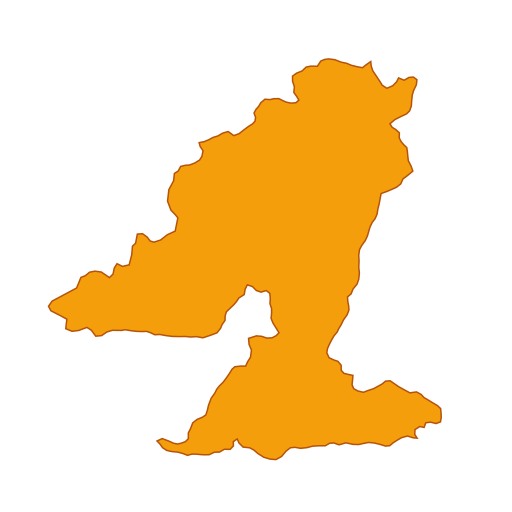 Bandeira, Minas Gerais, Brazil, rotated 276°
{"feature_id": "56859067B30982506378095", "entity_name": "Bandeira", "entity_type": "district", "adm_level": 2, "iso_a3": "BRA", "parent_name": "Brazil", "parent_adm1": "Minas Gerais", "projection": "albers", "projection_center": [-40.598, -15.864], "detail": "fine", "context": "isolated", "style": "filled", "palette": "amber", "viewbox_px": 512, "rotation_deg": 276, "n_neighbors": 0, "source": "geoboundaries", "source_scale": "gbopen_adm2", "svg_char_len": 4355}
<svg xmlns="http://www.w3.org/2000/svg" viewBox="0 0 512 512"><g transform="rotate(276 256 256)"><path d="M163.8,74.4L161.9,80.9L163.4,87.5L165.3,91.2L167.3,95.4L164.9,100.1L159.5,105.0L160.7,110.8L164.9,115.7L167.1,121.0L167.5,125.4L167.9,129.9L169.0,133.7L168.6,140.1L168.6,145.8L169.0,151.0L169.6,155.1L168.6,159.4L167.1,163.5L167.9,168.6L167.4,175.0L167.3,181.6L167.9,188.6L168.6,194.4L168.6,199.5L169.6,205.3L169.1,211.7L172.1,218.4L175.5,225.2L180.3,228.3L184.2,229.4L188.6,231.9L193.4,231.6L197.4,232.4L201.8,236.1L205.1,238.9L208.4,241.2L212.5,243.4L216.4,248.3L221.9,248.7L226.4,250.4L225.2,255.7L221.7,260.0L220.6,264.8L222.7,269.8L220.3,273.6L215.7,274.6L210.0,274.9L205.3,277.0L200.4,277.5L195.6,277.5L191.1,279.9L186.7,283.3L182.1,286.9L178.8,284.3L176.3,280.5L175.5,275.3L176.7,270.1L176.6,264.7L173.3,257.2L167.2,258.4L162.0,261.3L154.8,261.1L149.9,258.7L145.4,257.2L144.9,252.3L143.7,246.6L140.9,244.0L136.1,241.7L131.7,239.3L127.0,236.5L123.3,233.4L119.4,230.9L115.2,229.3L109.9,226.3L102.7,224.4L97.2,223.7L92.7,222.7L90.0,219.5L87.4,214.6L83.4,210.5L77.7,209.0L73.0,207.2L67.2,207.8L64.0,205.2L62.1,201.4L60.8,197.6L61.2,193.5L62.9,188.4L64.6,181.8L61.7,176.9L59.0,180.1L55.6,183.1L53.3,187.6L52.7,192.9L52.8,198.4L51.9,204.0L50.6,208.7L52.3,213.1L52.7,217.2L52.7,221.5L52.9,225.5L53.5,230.2L56.5,235.1L57.2,240.2L60.5,244.7L61.0,250.5L64.8,253.4L68.9,252.8L72.1,256.4L68.3,258.6L64.6,263.1L64.6,269.7L62.8,274.2L59.7,278.6L56.7,284.7L55.5,291.0L55.6,297.1L59.3,302.4L65.1,306.3L68.9,310.3L69.8,314.8L69.4,320.4L70.7,326.6L72.8,332.2L73.9,338.9L74.5,344.7L77.5,348.9L78.2,353.0L76.9,358.3L79.6,365.0L78.8,372.0L79.2,377.7L80.9,382.8L82.3,387.3L82.4,393.1L81.5,399.7L80.5,404.6L81.3,408.8L84.8,412.2L87.6,415.7L90.5,419.7L92.8,425.5L91.6,431.3L91.7,435.3L95.2,432.5L100.0,432.3L103.5,436.7L103.1,441.1L107.9,442.3L109.0,447.0L108.2,452.6L110.3,456.8L114.5,457.1L118.4,456.6L123.5,455.6L126.2,452.1L128.7,446.6L130.9,442.0L132.8,437.8L135.6,434.7L137.6,429.8L136.0,423.4L138.4,417.5L140.9,411.6L143.6,406.7L145.9,402.5L145.1,397.9L141.9,394.8L139.3,391.1L136.4,386.9L133.8,381.2L131.7,377.1L132.4,371.5L134.3,367.0L138.0,365.0L142.6,365.0L147.4,364.9L147.9,360.0L148.5,355.7L151.2,352.7L156.3,352.1L159.8,348.5L160.8,344.0L162.5,339.3L167.2,336.5L171.5,336.8L176.4,338.4L180.9,340.2L184.7,341.9L188.9,344.7L192.4,345.9L196.1,347.7L201.6,349.7L207.1,352.8L212.1,354.1L216.0,353.4L220.1,352.1L224.9,351.3L228.2,354.5L233.4,356.0L238.5,359.4L243.6,360.6L249.8,360.6L255.5,359.4L261.9,359.0L267.4,358.1L273.3,358.3L277.8,360.2L282.6,363.0L287.5,364.7L291.5,365.4L296.9,366.4L301.6,368.1L305.5,370.5L310.1,372.0L315.6,372.3L320.3,373.0L325.3,373.4L331.2,373.9L334.0,379.7L336.7,384.5L339.1,388.6L342.8,392.4L348.0,394.1L351.8,398.2L356.8,403.1L361.5,400.9L366.8,397.5L371.3,396.5L375.9,395.6L379.6,394.6L382.2,391.2L384.9,388.4L388.4,386.1L393.5,385.7L396.3,381.9L398.2,378.0L401.5,375.4L406.2,379.9L410.2,386.1L413.1,390.9L416.4,393.6L421.3,394.8L426.9,394.6L432.2,394.6L436.9,395.4L443.1,397.6L448.2,397.6L450.4,393.8L449.6,389.5L446.3,385.0L448.0,379.2L443.9,377.6L439.6,374.2L436.5,368.6L439.0,363.7L442.5,361.0L447.0,357.3L452.4,352.8L457.0,350.7L461.4,349.8L457.9,345.8L454.4,342.2L454.8,336.9L455.6,331.1L457.1,326.0L457.7,320.3L459.5,313.9L459.6,307.6L458.7,303.8L456.6,300.0L451.1,297.2L450.6,290.8L449.1,286.1L444.8,282.4L442.0,277.1L438.7,273.5L433.6,274.1L428.2,276.5L422.7,276.5L418.8,279.9L415.5,282.3L412.6,279.7L411.7,274.9L412.2,269.9L413.4,266.2L414.9,262.2L414.3,257.3L413.0,253.4L412.9,248.6L408.9,244.7L405.1,243.0L401.9,240.7L398.0,239.1L393.8,241.1L389.9,240.9L386.8,238.5L384.3,235.3L380.5,231.1L375.9,226.4L373.4,221.3L376.9,215.3L374.7,210.0L371.4,205.5L369.4,200.8L366.7,196.9L364.4,192.7L362.8,187.6L359.1,189.0L355.1,192.3L349.5,191.8L345.6,189.9L342.1,185.4L339.6,180.5L338.8,176.2L337.2,171.7L332.3,169.7L329.6,166.2L322.2,166.2L312.9,162.4L301.3,162.3L292.7,166.6L288.6,171.5L285.7,174.3L272.3,173.0L267.9,165.6L261.9,159.4L259.1,153.0L259.9,149.1L263.5,145.7L266.3,140.8L265.4,135.7L256.1,134.9L252.8,132.1L244.4,132.3L234.0,130.8L231.7,124.4L233.8,118.6L229.2,116.3L223.1,115.7L219.2,112.5L223.9,103.8L224.1,97.4L222.5,92.2L218.6,88.4L216.4,84.1L209.7,82.2L205.4,80.9L189.8,57.9L184.3,54.9L180.1,57.7L176.7,66.5L173.4,74.5L168.7,74.4L163.8,74.4Z" fill="#f59e0b" stroke="#b45309" stroke-width="1.5"/></g></svg>